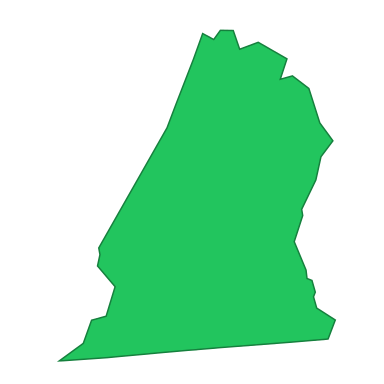 Hamilton, Tennessee, United States of America, rotated 356°
{"feature_id": "52423323B89334194896332", "entity_name": "Hamilton", "entity_type": "district", "adm_level": 2, "iso_a3": "USA", "parent_name": "United States of America", "parent_adm1": "Tennessee", "projection": "natural_earth1", "projection_center": [-85.164, 35.221], "detail": "fine", "context": "isolated", "style": "filled", "palette": "green", "viewbox_px": 384, "rotation_deg": 356, "n_neighbors": 0, "source": "geoboundaries", "source_scale": "gbopen_adm2", "svg_char_len": 871}
<svg xmlns="http://www.w3.org/2000/svg" viewBox="0 0 384 384"><g transform="rotate(356 192 192)"><path d="M317.5,348.1L326.0,329.7L308.3,316.5L305.9,305.0L308.0,300.5L305.5,288.6L300.7,286.3L300.3,277.8L290.5,248.7L300.8,223.2L300.2,216.9L316.4,188.6L323.1,165.8L336.1,150.8L333.9,147.2L324.3,132.0L315.8,96.9L300.3,83.2L287.9,85.7L296.0,65.8L268.5,47.3L249.5,52.9L244.4,33.8L231.6,32.7L224.3,41.4L213.7,34.7L202.6,59.9L182.5,102.6L171.6,126.2L95.1,241.3L95.8,248.1L92.6,259.2L108.7,281.1L97.7,309.9L82.9,312.9L73.0,335.4L47.9,351.2L51.9,351.3L96.2,351.3L107.6,351.0L127.4,350.6L137.8,350.4L139.3,350.3L141.5,350.3L145.3,350.2L154.5,350.0L155.4,350.0L161.2,349.9L166.7,349.8L177.2,349.6L180.1,349.6L184.7,349.6L185.4,349.6L186.8,349.5L187.5,349.5L204.2,349.3L207.1,349.2L280.5,348.7L315.9,348.2L317.5,348.1Z" fill="#22c55e" stroke="#15803d" stroke-width="1.5"/></g></svg>